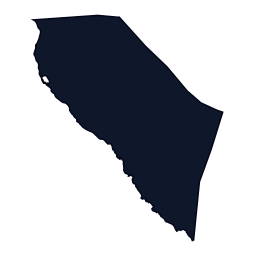 outline of Al-Tur, Janub Sina', Egypt
{"feature_id": "37247803B51826009871737", "entity_name": "Al-Tur", "entity_type": "district", "adm_level": 2, "iso_a3": "EGY", "parent_name": "Egypt", "parent_adm1": "Janub Sina'", "projection": "orthographic", "projection_center": [33.545, 28.362], "detail": "fine", "context": "isolated", "style": "filled", "palette": "ink", "viewbox_px": 256, "rotation_deg": 0, "n_neighbors": 0, "source": "geoboundaries", "source_scale": "gbopen_adm2", "svg_char_len": 2972}
<svg xmlns="http://www.w3.org/2000/svg" viewBox="0 0 256 256"><path d="M33.3,19.9L35.3,21.0L36.6,23.1L37.2,24.5L37.6,25.9L38.4,28.0L39.9,29.4L40.7,31.5L40.3,34.0L39.6,36.4L39.0,38.9L37.3,43.0L36.3,44.4L35.7,45.1L35.8,48.2L35.1,50.3L34.4,52.4L34.0,54.2L35.3,56.8L36.3,60.4L38.2,62.8L38.8,65.4L38.4,67.4L38.8,69.0L39.6,70.8L39.3,73.8L40.2,75.8L41.3,77.4L41.6,78.5L41.9,80.1L42.9,81.8L43.5,83.1L44.8,83.4L45.9,83.3L45.7,82.9L45.0,82.3L44.1,82.3L43.7,81.9L43.3,81.3L43.0,80.4L42.7,79.7L41.6,78.6L41.6,78.4L41.8,77.4L42.2,76.7L42.6,76.4L43.1,76.0L44.5,75.6L45.8,75.6L46.7,76.2L47.6,77.7L48.7,79.4L49.5,81.0L49.2,83.7L49.0,84.7L48.1,85.1L47.4,85.1L47.0,85.0L46.7,84.9L46.8,84.5L46.9,84.3L47.2,84.0L48.0,83.4L47.5,83.1L46.8,83.4L46.3,84.2L46.3,84.7L46.6,85.0L48.6,86.4L50.0,87.4L51.4,89.1L51.2,90.9L52.4,92.5L54.5,93.7L55.5,96.5L56.8,97.9L58.0,98.7L58.8,99.5L60.6,100.6L61.2,101.5L61.9,101.5L62.9,102.4L64.9,102.8L65.9,103.1L67.4,104.5L68.7,105.9L69.7,108.2L69.7,110.3L71.7,113.6L73.2,114.8L73.7,116.0L75.0,117.5L75.8,118.0L76.7,118.9L76.9,120.3L76.9,121.5L77.9,122.0L78.9,122.5L80.1,124.3L81.3,125.3L82.7,127.0L84.3,128.1L85.5,128.9L87.5,130.0L89.2,130.9L90.2,131.2L92.9,132.4L96.0,135.3L99.1,138.4L100.5,139.1L102.5,139.1L104.1,139.8L106.6,142.6L107.7,143.8L110.1,143.9L111.2,144.1L112.2,146.2L112.8,149.5L114.3,150.6L115.0,152.8L116.6,154.2L116.9,155.6L116.7,156.0L116.8,156.7L117.5,157.4L119.0,158.6L120.0,159.3L120.2,159.0L119.6,158.4L118.9,158.1L119.6,157.5L119.6,157.4L120.4,157.7L121.5,158.0L122.0,158.4L122.1,159.6L122.9,160.1L123.5,161.3L123.4,163.7L124.0,168.5L123.7,169.5L124.1,171.2L125.3,173.2L127.1,173.8L128.4,174.6L128.7,175.6L128.5,176.1L129.1,176.1L129.6,175.4L130.1,175.2L131.2,175.4L133.0,176.5L133.1,177.8L132.3,179.2L132.7,182.0L133.5,183.4L135.2,184.0L135.7,184.9L135.9,186.6L137.0,187.9L137.9,189.7L139.8,192.1L141.4,194.3L142.1,196.2L141.6,197.2L141.2,197.6L141.2,198.0L141.6,197.9L142.2,199.0L142.9,198.9L143.8,198.6L144.8,198.9L145.9,200.3L145.7,200.8L146.2,201.4L146.4,201.1L147.3,201.1L147.9,201.9L148.7,202.5L149.0,202.1L149.5,201.9L150.4,202.8L151.2,203.5L152.7,205.4L153.6,206.5L153.1,207.6L152.5,208.2L151.9,208.9L152.3,210.0L152.9,210.7L154.0,211.1L154.3,211.3L155.4,211.4L156.0,212.0L156.7,212.6L158.1,212.0L158.7,212.3L158.8,213.1L159.1,213.9L160.1,214.4L160.4,215.4L161.2,216.6L162.2,217.1L163.2,218.0L164.2,218.8L164.8,219.3L165.2,220.7L165.9,220.6L166.3,221.9L166.8,221.7L167.3,221.9L168.7,222.5L169.6,223.1L172.4,224.2L173.7,225.7L174.8,227.2L175.0,228.2L175.5,229.0L176.0,230.2L176.8,231.2L177.8,230.4L178.1,229.9L179.6,229.9L180.8,230.3L181.9,229.7L182.7,229.2L183.6,229.2L184.6,230.1L185.6,230.2L186.2,231.0L186.3,231.9L186.9,232.8L187.7,234.0L188.8,235.9L191.1,237.7L192.1,239.9L192.3,240.6L192.8,240.6L193.1,240.2L193.3,240.1L193.6,240.0L199.4,181.8L211.0,149.8L222.7,112.2L217.3,110.4L200.9,102.9L187.2,91.0L166.9,66.8L145.4,46.2L119.2,17.1L118.7,17.3L97.7,15.4L33.3,19.9Z" fill="#0f172a" stroke="#020617" stroke-width="1.5"/></svg>